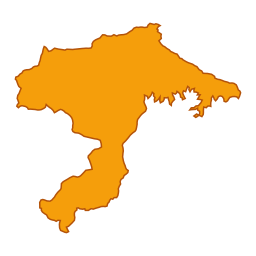 outline of Franca, São Paulo, Brazil
{"feature_id": "56859067B28056382416557", "entity_name": "Franca", "entity_type": "district", "adm_level": 2, "iso_a3": "BRA", "parent_name": "Brazil", "parent_adm1": "São Paulo", "projection": "orthographic", "projection_center": [-47.359, -20.595], "detail": "fine", "context": "isolated", "style": "filled", "palette": "amber", "viewbox_px": 256, "rotation_deg": 0, "n_neighbors": 0, "source": "geoboundaries", "source_scale": "gbopen_adm2", "svg_char_len": 5003}
<svg xmlns="http://www.w3.org/2000/svg" viewBox="0 0 256 256"><path d="M158.1,24.4L155.9,23.8L154.2,24.5L152.3,24.0L150.0,23.4L148.2,25.0L147.1,27.2L144.4,27.5L142.2,27.1L140.3,27.1L138.6,27.4L136.4,27.2L134.0,28.1L132.2,30.2L129.9,31.6L126.6,33.9L123.7,34.6L120.8,34.8L118.6,35.1L116.8,36.0L113.9,34.7L111.3,36.2L107.1,36.0L104.9,34.9L102.6,34.8L99.9,38.0L97.7,38.9L95.5,39.9L93.4,41.4L92.1,43.7L92.2,46.1L91.1,48.0L88.7,48.3L86.0,48.2L83.7,48.4L82.1,48.5L80.3,48.7L74.2,49.3L72.6,49.5L69.1,49.3L66.8,49.2L65.0,50.1L62.2,49.6L58.4,49.1L54.6,48.2L51.0,50.8L48.7,51.4L46.7,48.4L45.6,47.2L44.2,46.5L43.3,49.0L42.8,51.3L42.4,53.3L41.2,55.4L40.6,58.0L40.1,60.6L39.4,62.3L38.6,65.3L37.1,66.1L34.9,66.3L33.3,67.0L31.8,68.5L29.3,69.6L26.4,69.8L24.7,70.2L23.2,70.9L21.9,73.0L20.1,74.0L18.1,76.3L15.8,77.1L15.4,79.2L16.5,80.3L17.2,82.4L18.0,84.6L18.9,86.5L21.1,88.3L20.0,91.0L19.0,93.6L17.8,95.3L17.2,98.4L18.1,100.7L18.8,103.0L17.4,104.6L16.8,106.2L18.4,107.7L20.1,106.2L22.0,105.7L25.6,106.5L27.4,107.6L28.3,109.2L30.6,109.1L32.7,109.3L35.2,109.5L37.8,110.0L39.7,109.9L41.3,109.6L43.8,108.4L45.4,107.2L46.2,104.5L47.7,106.0L49.6,107.5L51.3,108.6L53.2,110.5L54.4,112.7L56.1,111.8L58.1,110.5L60.5,109.4L62.2,109.9L64.0,111.1L65.5,112.7L67.4,113.5L69.9,115.5L71.6,117.6L72.5,119.7L73.1,123.2L72.7,125.8L72.7,127.7L72.1,129.6L72.9,131.5L74.9,132.7L78.5,133.1L80.5,134.0L82.2,135.0L84.0,136.3L86.6,136.9L89.1,137.5L91.7,138.1L94.1,138.7L97.5,139.2L100.2,140.3L101.2,143.6L101.5,147.0L98.6,148.7L96.9,149.0L94.8,149.3L92.6,151.0L91.2,152.9L89.5,154.7L88.3,155.9L88.1,157.6L89.5,160.3L90.9,164.3L91.7,166.9L92.1,169.3L89.0,169.8L85.8,170.3L84.1,172.2L82.6,173.8L80.7,175.7L79.3,176.6L77.3,177.1L75.2,176.5L73.1,176.2L69.9,177.7L67.7,179.1L63.2,181.7L61.4,183.6L61.3,185.7L61.1,188.5L60.2,189.9L58.3,191.7L57.1,193.1L55.6,195.1L54.5,197.1L53.2,198.5L51.9,200.0L50.0,201.2L46.9,200.9L44.6,200.0L42.8,199.5L41.0,200.0L39.7,202.4L39.8,205.2L39.8,207.9L41.4,208.4L41.3,210.2L42.4,212.0L44.6,213.7L46.6,214.9L48.1,217.9L50.2,219.3L52.5,220.0L54.3,220.3L56.2,221.3L57.9,220.3L60.3,220.5L59.6,222.7L59.4,224.5L59.6,227.9L60.6,230.4L62.9,231.4L65.0,232.3L66.6,232.6L68.6,231.6L67.3,229.1L66.4,227.1L68.5,226.3L70.1,224.8L72.1,222.9L74.4,220.3L74.8,217.5L74.4,215.3L74.4,213.0L75.1,211.4L76.9,209.9L76.7,208.2L78.3,207.8L79.8,208.8L82.7,209.2L84.8,208.8L85.3,210.4L88.4,210.4L91.0,208.7L93.3,209.1L96.2,208.1L98.8,207.4L101.0,206.6L103.4,206.4L105.2,206.6L107.0,206.1L107.7,203.4L108.9,202.3L109.8,200.2L111.0,198.7L112.8,199.2L114.1,197.6L116.6,197.6L117.8,195.7L118.4,192.9L118.6,190.8L118.3,188.8L119.2,186.3L120.6,184.0L120.1,181.8L120.9,179.5L123.2,177.9L124.1,175.5L126.0,174.2L127.8,172.6L128.2,170.5L126.5,169.3L125.7,167.8L125.2,165.9L124.1,163.3L123.4,161.0L123.0,158.8L122.6,156.9L122.8,154.8L123.0,152.8L123.3,150.9L123.0,148.0L122.3,145.4L123.0,143.4L125.7,140.8L128.0,138.1L129.1,136.7L130.2,135.2L132.6,133.0L135.1,131.2L136.0,129.8L136.5,127.7L137.1,124.3L137.1,122.0L137.6,119.5L139.1,117.5L140.5,115.6L142.1,113.9L143.6,112.7L145.5,111.2L146.5,108.6L145.8,106.4L144.6,103.9L143.9,101.8L144.6,99.4L144.7,97.1L144.5,95.1L147.3,96.3L148.0,98.5L150.1,96.4L151.6,94.3L152.3,92.3L153.9,93.6L153.5,95.8L155.0,97.6L154.3,99.4L154.6,101.9L156.2,101.2L158.5,99.3L160.0,97.0L159.8,100.8L160.4,102.8L163.1,101.3L164.1,99.5L164.3,97.7L166.1,97.9L168.0,97.4L168.5,99.5L169.2,101.4L169.6,104.1L171.3,105.4L171.4,103.3L172.8,101.3L174.6,99.5L173.8,97.1L172.6,95.0L172.4,93.0L175.3,94.1L176.6,93.0L177.0,91.4L178.8,92.7L180.2,94.4L180.6,97.1L182.1,97.8L182.5,99.7L185.2,98.5L183.9,96.1L182.6,93.0L183.5,90.8L185.6,91.7L186.5,89.3L187.7,86.4L189.2,87.6L188.9,89.6L190.0,91.8L191.5,89.3L194.4,88.4L193.9,90.3L194.1,92.0L196.3,92.1L198.4,93.1L197.3,94.9L200.1,94.8L198.9,96.8L197.5,99.2L200.1,99.5L202.2,100.1L200.9,102.8L199.6,104.2L198.4,105.7L195.9,106.0L194.0,107.7L191.3,107.8L189.8,109.9L191.8,109.6L195.4,109.4L197.6,108.2L197.7,110.1L199.6,111.3L199.7,113.4L199.0,115.2L201.9,116.6L203.2,114.5L203.4,112.9L203.4,110.2L203.7,107.1L206.3,107.7L207.6,106.2L209.1,105.9L210.8,106.4L210.7,104.4L210.8,102.4L211.4,100.0L211.4,97.9L212.8,95.9L213.8,97.7L214.3,99.3L215.6,100.8L217.2,99.0L218.4,96.6L220.3,95.9L222.3,96.5L223.8,98.7L224.1,101.3L225.9,101.9L227.5,100.9L228.6,99.1L229.8,97.4L232.3,96.6L234.3,96.5L236.7,96.8L238.4,98.5L239.5,96.3L240.6,92.8L239.9,91.1L238.3,89.9L237.5,87.6L236.3,84.9L234.0,83.4L232.1,83.0L229.5,83.1L227.8,82.2L224.2,81.3L222.1,80.4L219.8,79.6L217.7,79.3L214.9,78.1L214.6,76.4L211.6,74.3L207.6,73.5L203.1,73.3L201.7,71.0L199.2,69.7L197.9,68.0L196.9,66.6L194.9,65.8L192.6,64.2L188.3,62.7L186.2,61.7L183.1,59.9L181.8,58.6L179.9,58.3L178.7,56.5L177.1,54.1L174.8,53.5L172.6,52.3L170.7,51.5L169.3,49.9L166.9,48.5L164.7,46.7L162.9,45.9L160.9,43.8L158.9,40.8L161.3,38.5L160.9,36.2L161.3,34.2L159.3,32.8L157.5,31.6L158.1,30.0L156.9,29.0L158.3,26.6L160.1,25.6L158.1,24.4ZM199.0,115.2L196.6,114.0L193.9,116.0L195.8,117.4L197.3,116.5L199.0,115.2Z" fill="#f59e0b" stroke="#b45309" stroke-width="1.5"/></svg>